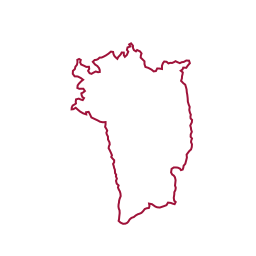 outline of Belmiro Braga, Minas Gerais, Brazil, rotated 297°
{"feature_id": "56859067B40732579968436", "entity_name": "Belmiro Braga", "entity_type": "district", "adm_level": 2, "iso_a3": "BRA", "parent_name": "Brazil", "parent_adm1": "Minas Gerais", "projection": "robinson", "projection_center": [-43.465, -21.971], "detail": "fine", "context": "isolated", "style": "outline", "palette": "rose", "viewbox_px": 256, "rotation_deg": 297, "n_neighbors": 0, "source": "geoboundaries", "source_scale": "gbopen_adm2", "svg_char_len": 3357}
<svg xmlns="http://www.w3.org/2000/svg" viewBox="0 0 256 256"><g transform="rotate(297 128 128)"><path d="M188.3,78.1L185.4,76.9L182.7,75.4L180.4,73.8L178.8,72.5L177.8,70.7L175.8,70.0L174.5,69.0L173.4,67.4L171.0,66.6L169.6,69.9L169.3,72.6L168.2,75.0L166.8,76.5L165.1,77.4L164.1,76.0L163.7,73.6L161.5,72.0L159.7,70.9L159.4,68.9L160.8,66.5L163.1,66.6L164.8,65.4L163.5,63.1L163.5,60.3L163.3,57.4L164.8,55.5L167.2,55.0L167.3,53.1L165.7,51.9L163.5,53.2L161.1,53.8L158.7,53.3L156.4,53.9L153.9,53.0L151.2,54.2L149.8,57.0L151.1,59.8L151.1,63.3L150.6,66.1L148.4,65.1L145.2,64.1L143.1,63.8L140.7,64.7L140.8,66.8L141.7,68.4L142.7,70.4L141.4,72.8L139.3,71.9L137.7,70.7L136.2,71.8L134.9,73.3L134.7,75.2L132.3,75.0L131.9,72.8L131.8,70.8L129.9,68.7L127.7,69.5L126.2,70.5L124.7,69.7L122.9,68.5L120.7,68.6L119.0,69.3L120.0,70.8L122.3,72.2L121.4,75.6L120.9,77.9L120.7,81.4L121.2,84.6L123.0,83.5L124.5,85.6L123.5,87.1L122.3,88.7L120.8,90.6L120.9,94.7L121.0,97.5L120.9,100.3L121.7,103.0L123.1,105.3L121.0,106.4L118.6,107.1L117.6,108.8L116.2,110.7L113.9,110.9L112.6,112.1L111.3,114.0L108.7,115.4L106.8,118.0L105.0,119.2L103.1,119.3L101.2,119.9L100.2,121.4L98.2,124.0L96.4,126.1L94.6,126.2L93.8,128.0L93.0,130.3L91.1,131.2L89.2,131.0L87.6,132.6L86.1,133.8L84.9,135.2L83.4,136.1L81.9,137.0L81.0,138.7L79.4,139.2L77.8,141.1L75.5,141.3L73.3,143.2L72.6,145.7L70.5,146.0L69.0,147.7L67.9,149.4L66.2,151.0L64.0,152.4L61.1,152.7L59.2,153.1L57.5,153.8L55.6,154.3L53.6,155.2L52.0,156.4L50.8,157.8L48.4,159.2L45.2,160.4L42.7,161.4L41.0,161.8L40.3,164.2L40.4,167.1L41.6,169.1L43.1,170.3L44.7,170.8L47.3,171.0L49.5,171.9L51.3,173.6L53.6,174.6L55.6,175.9L57.0,177.3L58.5,178.5L60.7,179.2L63.4,179.7L65.0,181.1L66.2,182.9L68.2,182.6L70.2,181.1L71.0,183.9L70.4,188.0L70.6,190.0L71.6,192.5L74.8,195.6L76.7,197.3L79.7,197.5L80.7,200.2L80.9,202.2L81.3,204.1L83.7,204.1L84.2,202.2L86.5,200.5L89.8,199.4L91.9,198.4L94.2,198.4L96.4,197.7L98.1,196.0L100.5,195.1L103.1,194.1L105.4,192.2L106.4,190.4L106.6,188.5L108.0,186.5L109.6,186.0L111.4,185.4L113.6,186.7L114.6,188.6L115.3,190.4L115.4,192.7L114.5,194.3L115.8,195.6L117.8,195.3L119.6,194.7L122.1,195.3L125.8,194.5L128.4,193.9L130.9,192.3L133.3,192.7L135.4,193.1L137.5,193.9L139.9,193.5L142.5,192.4L144.1,190.5L145.7,190.0L147.7,189.8L148.6,187.8L150.8,186.8L153.6,186.6L155.3,184.9L156.7,184.0L158.4,182.4L160.1,182.3L162.0,182.3L164.3,181.4L164.9,179.5L166.4,178.5L168.4,177.9L169.8,176.2L171.9,174.4L174.8,173.4L176.4,171.5L178.6,169.4L181.7,167.6L184.7,165.6L186.5,164.2L188.9,162.7L190.4,161.4L192.6,159.3L193.0,157.1L194.1,153.9L196.7,153.5L198.7,152.6L200.6,152.2L202.4,151.6L203.0,149.0L204.8,150.0L206.9,149.8L208.1,152.6L210.7,152.9L213.8,153.7L215.7,151.8L214.6,149.3L212.2,147.7L211.0,146.0L209.3,144.7L209.1,142.1L209.1,140.0L207.6,139.1L206.0,137.8L205.2,136.0L203.9,134.7L204.5,132.3L203.7,130.1L201.6,129.7L198.9,130.0L196.0,131.5L195.2,128.9L194.3,127.0L191.4,127.0L190.1,125.2L190.7,122.5L190.8,118.8L190.3,115.8L192.4,113.7L194.9,112.4L195.7,109.9L196.5,107.3L198.6,106.5L200.6,106.2L201.7,103.9L201.6,100.7L199.9,100.3L200.1,97.9L201.6,96.1L203.6,95.0L204.8,92.3L203.0,91.1L201.7,93.1L199.6,91.0L197.1,91.6L196.1,93.6L192.5,93.8L190.0,92.9L190.9,91.3L193.3,90.0L192.4,88.1L190.5,88.1L188.7,87.7L186.9,87.1L184.8,87.1L185.4,84.7L186.1,83.0L187.4,81.4L189.0,80.2L188.3,78.1Z" fill="none" stroke="#9f1239" stroke-width="2"/></g></svg>